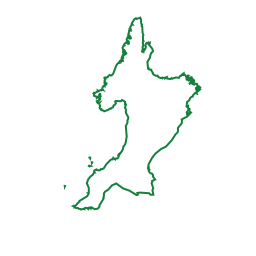 the district of Leyte, Leyte, Philippines, rotated 37°
{"feature_id": "2640588B34650846802583", "entity_name": "Leyte", "entity_type": "district", "adm_level": 2, "iso_a3": "PHL", "parent_name": "Philippines", "parent_adm1": "Leyte", "projection": "mercator", "projection_center": [124.645, 10.874], "detail": "fine", "context": "isolated", "style": "outline", "palette": "green", "viewbox_px": 256, "rotation_deg": 37, "n_neighbors": 0, "source": "geoboundaries", "source_scale": "gbopen_adm2", "svg_char_len": 5695}
<svg xmlns="http://www.w3.org/2000/svg" viewBox="0 0 256 256"><g transform="rotate(37 128 128)"><path d="M188.4,166.0L184.9,162.9L184.4,160.9L180.1,157.9L179.9,156.5L179.1,155.9L180.7,152.8L177.1,151.7L176.4,150.5L174.4,150.0L173.1,150.7L170.4,149.9L170.2,148.3L169.4,148.2L169.0,148.6L168.6,148.5L168.5,148.3L168.3,148.2L168.0,147.6L168.0,146.8L167.0,146.1L166.2,144.2L165.2,137.2L165.3,132.0L167.0,124.9L169.5,120.2L170.3,111.5L169.8,104.4L170.2,101.8L169.9,100.6L167.8,97.7L168.1,92.1L167.0,90.0L165.7,88.8L168.3,83.5L169.0,77.7L167.8,77.8L167.7,77.9L167.8,78.2L167.8,77.8L168.1,77.9L168.1,78.1L167.3,80.2L168.1,81.6L167.4,81.9L165.4,80.1L165.5,77.7L166.2,76.6L165.9,75.8L165.0,75.8L164.6,76.5L163.0,74.5L162.8,75.7L161.9,75.7L159.6,71.8L160.2,68.9L159.6,66.8L160.0,64.8L160.8,64.0L160.2,62.7L160.5,59.6L162.1,59.1L161.2,58.6L161.2,58.1L160.5,58.1L161.0,57.9L160.7,57.4L161.5,57.6L162.0,55.3L161.3,56.0L160.5,56.4L158.8,56.0L158.2,55.1L158.6,53.1L156.8,51.3L155.0,52.2L154.9,53.4L153.2,54.0L152.6,52.4L151.6,52.1L151.0,53.7L151.5,53.4L152.0,53.6L150.7,54.6L150.8,55.5L151.5,55.8L151.0,55.7L150.3,55.1L150.7,53.3L149.7,52.4L149.9,51.3L149.7,50.9L149.7,50.4L148.5,49.3L147.4,50.3L148.0,51.8L147.7,52.9L148.5,54.1L147.0,53.0L146.2,53.9L145.0,53.2L145.3,52.7L146.6,53.0L146.6,52.1L146.0,51.5L144.6,51.5L144.5,52.6L143.0,50.6L143.7,51.6L143.4,52.0L141.4,51.3L140.7,51.9L139.6,50.7L139.2,52.0L139.9,52.7L138.8,53.3L139.1,54.1L138.2,55.3L138.5,57.3L135.7,58.9L133.8,61.8L132.8,61.9L132.7,63.1L129.5,65.0L128.6,64.8L128.9,64.5L128.5,64.2L128.2,64.9L128.1,64.3L127.0,66.0L125.5,66.9L125.5,67.4L125.0,67.2L124.2,68.4L121.9,69.0L120.1,68.4L118.9,69.5L116.8,69.9L115.1,69.7L114.8,69.0L112.3,68.2L111.5,67.4L109.7,68.6L108.9,68.4L108.6,68.0L108.3,68.4L103.7,63.6L103.2,58.7L101.4,54.8L101.8,51.6L99.7,50.1L95.0,48.9L93.9,47.7L94.4,47.4L94.1,46.7L93.5,47.6L93.6,48.3L92.9,47.9L93.0,48.6L91.7,48.9L92.0,51.5L93.5,52.5L94.1,54.1L93.7,54.9L94.2,55.4L93.9,56.2L94.5,57.6L93.8,57.4L93.6,58.5L93.2,58.5L92.2,55.9L91.0,54.8L90.8,53.3L88.2,50.6L88.2,49.3L87.4,49.2L86.6,48.2L84.5,45.5L84.4,44.5L82.4,43.3L78.5,38.6L77.6,38.5L76.9,36.9L75.9,36.8L73.1,33.6L71.4,32.5L69.3,35.7L68.3,35.6L67.6,37.2L68.1,42.3L69.5,42.7L68.7,43.3L69.3,46.6L71.0,47.7L70.1,48.3L71.4,48.8L70.4,49.7L71.3,51.7L72.1,52.1L71.9,53.3L73.0,54.0L74.1,53.5L74.3,54.3L75.8,54.0L76.2,54.5L75.3,55.1L75.7,55.4L75.1,55.9L73.1,55.7L73.6,58.1L74.5,58.9L76.4,58.4L77.9,60.0L77.7,60.7L77.1,60.9L75.1,60.3L74.5,63.2L74.8,64.0L75.5,64.1L74.9,65.5L75.3,67.1L77.5,69.0L78.2,68.0L79.3,68.5L79.0,69.7L78.2,70.1L78.6,70.7L79.4,70.6L80.5,69.0L81.7,69.3L81.8,70.5L80.8,71.1L81.0,72.3L79.9,72.6L80.5,74.9L81.2,74.3L81.8,74.8L80.9,75.4L81.4,77.1L82.2,76.4L83.6,77.4L82.5,78.5L82.6,79.4L81.9,79.0L81.2,79.3L81.3,80.7L81.9,81.3L80.9,82.5L81.1,85.5L83.5,93.5L83.3,95.5L82.9,96.4L81.6,96.5L81.0,98.0L81.2,99.8L78.9,101.9L79.3,102.5L80.6,102.5L80.8,104.4L82.3,105.0L82.7,106.3L83.3,106.4L83.2,105.8L83.5,105.1L83.6,106.1L83.9,106.1L83.5,105.4L84.1,105.5L84.0,106.2L83.6,106.4L84.0,106.5L84.2,106.1L84.4,106.4L83.9,106.8L83.0,106.8L83.8,107.5L83.2,108.8L83.6,109.1L83.9,108.7L84.2,108.7L84.3,108.8L83.5,109.2L83.1,110.6L83.8,112.2L85.1,112.6L84.3,112.8L84.3,113.7L83.6,113.7L82.4,116.1L81.6,116.2L82.2,116.6L82.0,117.2L81.5,117.3L80.4,120.6L79.7,120.4L79.7,121.3L80.7,121.5L81.5,122.7L84.0,121.9L85.0,122.9L85.5,120.8L84.9,117.7L85.3,117.5L86.2,118.4L85.9,119.3L86.9,119.4L86.2,120.8L87.5,121.0L87.5,121.5L87.9,121.2L88.5,121.9L87.8,124.3L86.9,125.4L87.3,125.8L89.0,126.3L90.1,124.6L90.1,125.8L92.6,127.3L93.1,128.9L93.7,129.3L95.1,129.5L95.4,129.0L96.1,129.7L98.0,128.8L98.9,129.0L101.2,125.6L101.7,123.7L102.6,123.2L102.7,122.0L103.6,120.4L102.9,118.7L103.5,117.3L103.5,115.6L101.8,114.6L101.9,113.8L106.2,110.9L106.4,109.2L109.7,108.8L111.2,110.6L111.4,110.1L112.3,110.6L113.4,113.6L114.7,114.1L117.6,117.4L121.7,119.2L122.7,120.7L123.0,122.4L124.3,123.9L125.1,127.8L132.2,135.7L135.3,141.9L135.7,144.2L135.4,145.3L136.8,148.3L137.1,151.5L136.5,154.1L137.1,153.9L136.9,155.9L137.5,155.9L138.1,157.6L137.6,159.0L136.6,159.8L136.8,160.8L134.2,160.7L134.7,162.3L133.6,163.1L133.2,164.4L132.5,169.7L132.9,174.9L131.9,176.8L131.1,177.0L130.9,178.8L128.7,180.3L127.8,180.0L126.7,181.9L126.9,182.9L128.2,183.5L127.6,183.9L128.0,186.8L127.2,189.3L127.1,192.9L128.4,197.0L129.8,197.7L129.5,198.1L129.9,197.8L132.8,199.5L135.8,203.5L135.4,203.9L135.9,203.9L136.3,205.0L136.4,207.3L133.1,215.5L133.6,216.1L132.9,218.9L133.2,220.2L132.2,222.6L131.5,222.7L131.2,223.3L132.5,222.9L132.9,223.5L133.2,222.9L134.6,223.3L136.0,222.1L137.2,222.2L138.7,221.3L139.5,221.4L141.0,219.5L142.1,219.0L141.6,218.3L142.0,217.4L143.8,216.4L145.1,216.7L145.0,215.8L146.0,214.6L145.3,214.5L145.8,213.9L146.6,213.3L147.1,214.0L147.2,213.3L150.4,212.8L152.4,210.6L152.6,208.1L151.7,207.0L151.0,199.0L150.3,198.7L150.1,197.5L148.1,194.6L148.0,192.6L149.3,189.2L149.7,183.6L151.9,179.4L160.6,179.2L166.7,177.2L175.3,176.4L176.0,175.2L174.6,174.2L176.5,172.3L184.3,167.3L186.1,167.8L188.4,166.0ZM159.4,52.1L158.3,52.6L158.8,53.4L158.3,55.0L159.1,56.0L160.6,56.2L162.0,54.8L161.5,53.9L160.7,54.3L161.3,53.4L159.9,53.0L159.4,52.1ZM121.0,181.0L119.6,181.5L119.6,181.9L120.4,181.8L121.0,181.0ZM150.2,50.0L149.3,49.8L149.8,50.3L150.0,51.1L150.2,50.0ZM115.4,174.4L115.1,174.8L116.2,175.1L116.0,174.7L115.4,174.4ZM160.7,52.1L160.5,52.8L161.2,52.7L161.3,52.2L160.7,52.1ZM153.0,51.2L152.2,50.2L152.0,50.4L152.4,51.3L153.0,51.2ZM168.4,147.4L168.1,147.7L169.0,148.5L168.6,148.0L168.4,147.4ZM144.8,49.7L144.4,49.8L144.2,50.3L145.0,50.5L144.8,49.7ZM120.1,176.9L119.7,177.2L120.3,177.8L120.3,177.3L120.1,176.9ZM112.7,212.7L112.6,212.3L112.4,212.4L112.7,212.7Z" fill="none" stroke="#15803d" stroke-width="2"/></g></svg>